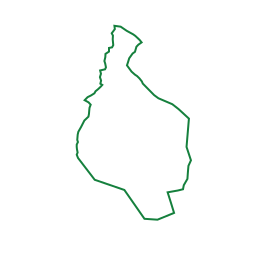 outline of São João do Sabugi, Rio Grande do Norte, Brazil, rotated 242°
{"feature_id": "56859067B32644205381825", "entity_name": "São João do Sabugi", "entity_type": "district", "adm_level": 2, "iso_a3": "BRA", "parent_name": "Brazil", "parent_adm1": "Rio Grande do Norte", "projection": "robinson", "projection_center": [-37.136, -6.688], "detail": "fine", "context": "isolated", "style": "outline", "palette": "green", "viewbox_px": 256, "rotation_deg": 242, "n_neighbors": 0, "source": "geoboundaries", "source_scale": "gbopen_adm2", "svg_char_len": 1177}
<svg xmlns="http://www.w3.org/2000/svg" viewBox="0 0 256 256"><g transform="rotate(242 128 128)"><path d="M97.9,74.3L75.0,95.7L40.1,99.9L33.2,111.0L31.4,128.8L42.3,130.9L52.6,132.8L49.4,142.7L48.1,147.8L51.3,150.4L55.2,156.6L60.8,160.1L66.2,163.6L69.9,168.4L83.8,170.8L107.7,186.2L121.0,181.5L128.2,178.3L140.0,168.8L144.8,166.5L160.3,161.9L162.6,162.1L166.4,161.4L169.6,160.4L171.8,159.2L176.1,157.6L183.8,156.5L185.9,158.7L189.0,161.8L191.6,167.0L192.0,169.9L195.8,173.6L196.7,176.3L197.2,180.2L200.3,179.6L205.9,177.7L208.3,176.5L214.4,172.5L220.9,169.1L224.6,164.0L221.5,162.8L220.3,160.3L219.3,158.1L216.7,158.1L213.4,156.1L208.1,153.9L206.7,151.8L207.6,148.8L204.4,147.1L204.0,142.9L201.3,141.3L198.2,138.6L195.5,138.1L191.9,137.0L190.6,135.3L191.9,130.4L188.6,129.6L186.1,127.1L182.5,126.5L180.1,124.4L178.1,125.5L177.2,123.0L176.3,119.7L175.7,116.6L174.4,114.6L174.1,110.5L174.2,106.8L172.9,102.8L169.2,105.2L166.1,106.0L163.9,103.5L161.8,102.1L158.7,100.1L156.6,98.4L155.1,93.0L150.9,87.0L148.0,82.4L145.8,80.5L141.3,77.6L139.1,77.2L137.5,75.0L135.5,73.9L133.3,73.0L130.0,72.0L128.5,70.2L125.0,69.8L97.9,74.3Z" fill="none" stroke="#15803d" stroke-width="2"/></g></svg>